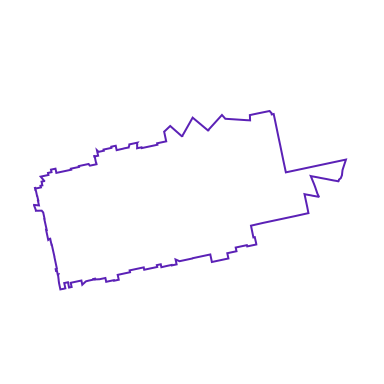 the district of Kent, Western Australia, Australia, rotated 348°
{"feature_id": "25037944B61750008694929", "entity_name": "Kent", "entity_type": "district", "adm_level": 2, "iso_a3": "AUS", "parent_name": "Australia", "parent_adm1": "Western Australia", "projection": "equal_earth", "projection_center": [118.452, -33.539], "detail": "fine", "context": "isolated", "style": "outline", "palette": "violet", "viewbox_px": 384, "rotation_deg": 348, "n_neighbors": 0, "source": "geoboundaries", "source_scale": "gbopen_adm2", "svg_char_len": 3764}
<svg xmlns="http://www.w3.org/2000/svg" viewBox="0 0 384 384"><g transform="rotate(348 192 192)"><path d="M34.8,171.8L34.7,172.1L35.5,177.2L35.4,177.9L41.1,179.0L42.2,181.1L42.2,187.6L41.9,187.6L42.0,198.9L41.4,198.7L41.4,204.6L41.4,208.9L41.4,209.0L43.2,208.2L43.6,208.2L43.6,210.2L43.5,210.6L43.6,211.1L43.6,214.4L43.9,214.4L43.9,215.6L43.9,217.0L44.0,226.7L43.9,226.8L43.9,231.3L43.9,232.4L43.9,239.0L42.6,239.1L42.6,241.0L43.5,241.1L43.5,244.8L44.2,244.8L43.7,245.5L43.3,250.2L43.2,250.8L43.0,253.4L43.0,257.0L43.0,259.9L43.5,259.9L46.5,260.0L47.3,259.9L48.1,259.9L48.1,256.9L48.1,254.5L51.9,254.5L51.9,256.2L51.9,259.9L54.5,259.9L54.5,256.2L54.5,255.6L58.3,255.6L61.9,255.6L65.4,255.6L65.4,259.3L65.4,259.9L67.2,258.8L68.1,258.3L69.0,257.7L69.8,257.3L72.6,257.2L77.3,257.2L77.3,256.6L79.1,256.6L79.1,257.5L80.1,257.5L83.2,258.1L83.8,258.1L89.4,258.1L89.4,262.0L92.8,262.0L97.3,262.0L97.3,262.6L102.1,262.6L102.1,257.6L102.3,257.6L106.6,257.6L109.3,257.6L111.2,257.6L112.0,257.6L114.7,257.6L114.7,256.6L114.7,255.7L129.1,255.7L129.1,255.8L129.1,257.1L129.1,258.1L142.4,258.1L142.4,256.4L142.4,256.2L146.4,256.2L146.4,259.2L152.6,259.1L157.0,259.1L157.0,259.6L161.9,259.6L161.9,254.6L165.4,257.1L167.6,257.1L172.8,257.1L176.7,257.1L178.1,257.1L178.6,257.1L178.8,256.9L183.1,256.9L187.9,256.9L196.9,256.9L196.9,264.6L201.7,264.6L201.8,264.6L205.6,264.6L208.1,264.6L212.8,264.6L213.8,264.6L213.8,259.2L214.0,259.2L223.2,259.2L223.2,255.4L234.6,255.4L234.7,256.7L239.9,256.7L244.0,256.7L244.1,255.5L244.0,249.2L243.7,249.2L242.6,249.2L242.7,237.2L255.6,237.0L260.0,237.0L262.2,237.0L264.0,237.0L265.9,237.0L271.9,237.0L287.9,237.0L299.6,236.9L301.5,236.9L301.6,230.6L301.6,217.5L302.9,218.1L305.9,219.3L307.9,220.1L308.9,220.6L309.9,221.0L311.9,221.8L314.8,223.0L315.1,222.8L314.3,219.6L313.9,216.1L313.5,212.7L313.0,209.4L312.2,205.1L311.5,201.1L312.3,201.5L314.1,202.2L318.2,203.9L321.2,205.2L326.3,207.3L329.3,208.6L333.3,210.3L335.4,211.1L337.4,212.0L337.6,211.9L338.4,210.4L339.4,209.9L340.4,209.4L342.2,206.7L342.5,205.7L343.8,201.8L346.0,198.0L348.8,193.2L349.3,192.3L312.0,192.3L287.9,192.3L287.9,187.9L287.9,182.8L287.9,179.7L288.0,164.4L288.0,156.0L288.1,139.9L288.1,138.2L288.1,137.0L288.1,132.7L286.1,132.7L286.1,131.1L286.0,130.9L285.6,130.6L284.9,129.1L284.7,128.9L271.7,128.8L269.5,128.8L265.1,128.8L264.6,128.8L263.7,134.0L259.6,132.9L258.6,132.6L248.0,129.6L243.0,128.2L239.8,127.3L238.7,125.3L237.3,122.9L233.7,125.5L221.2,134.5L221.0,135.1L220.5,135.2L208.8,120.3L208.1,119.4L200.5,128.0L196.8,132.2L194.1,135.2L194.1,135.3L193.6,135.3L189.3,129.5L184.4,122.9L178.2,126.7L177.3,127.2L177.3,137.1L172.4,137.1L168.0,137.1L168.0,138.6L161.3,138.6L161.2,138.6L156.3,138.6L151.9,138.6L151.9,137.8L147.4,137.8L147.8,136.5L147.9,135.2L148.3,134.4L148.2,133.1L148.9,132.4L140.6,132.4L140.3,133.3L140.0,134.1L139.5,134.7L139.2,135.2L139.2,135.3L134.7,135.2L133.6,135.3L127.0,135.4L127.0,130.9L122.5,130.9L122.5,131.3L122.5,131.7L122.4,132.1L117.0,132.1L114.3,132.1L114.3,133.3L109.1,133.3L108.9,133.3L108.3,132.3L107.7,131.4L107.7,137.0L104.1,137.0L104.1,136.5L103.8,136.5L103.8,137.4L104.2,137.8L104.2,143.2L104.4,143.6L104.4,145.0L100.6,145.0L97.6,145.0L97.4,144.8L96.7,143.1L93.7,143.1L89.7,143.1L86.7,143.1L86.7,144.0L82.6,144.0L78.3,144.0L78.3,144.3L78.5,144.5L78.5,145.1L73.8,145.1L68.3,145.1L63.3,145.1L63.3,140.8L63.2,140.8L58.7,140.8L58.7,143.4L56.2,143.4L55.1,143.4L55.1,145.5L54.1,145.5L51.2,145.5L50.1,145.5L47.2,145.5L49.8,150.5L49.7,150.6L47.0,150.6L47.0,151.7L47.0,154.4L46.9,154.4L46.0,154.4L45.1,154.4L45.1,154.8L45.2,156.1L41.8,156.1L39.6,156.1L39.6,155.4L39.2,155.4L39.2,157.4L39.5,157.4L39.6,159.0L39.6,163.9L39.8,164.0L39.8,166.0L39.9,168.4L39.5,168.4L39.5,173.3L34.8,171.8Z" fill="none" stroke="#5b21b6" stroke-width="2"/></g></svg>